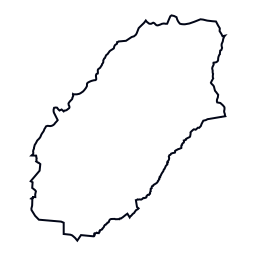 Hasmas, Arad, Romania (Albers equal-area conic projection)
{"feature_id": "2599482B66342132311971", "entity_name": "Hasmas", "entity_type": "district", "adm_level": 2, "iso_a3": "ROU", "parent_name": "Romania", "parent_adm1": "Arad", "projection": "albers", "projection_center": [22.1, 46.547], "detail": "fine", "context": "isolated", "style": "outline", "palette": "ink", "viewbox_px": 256, "rotation_deg": 0, "n_neighbors": 0, "source": "geoboundaries", "source_scale": "gbopen_adm2", "svg_char_len": 5780}
<svg xmlns="http://www.w3.org/2000/svg" viewBox="0 0 256 256"><path d="M225.3,116.2L225.2,116.0L225.0,115.4L224.9,114.5L224.7,113.5L224.4,112.8L224.2,112.0L224.1,111.0L224.4,109.9L224.5,108.6L224.5,107.9L224.4,107.2L223.5,106.0L222.9,105.3L221.8,104.3L221.0,103.6L220.4,103.0L219.4,102.8L218.7,102.7L217.2,102.4L216.9,101.4L216.9,100.5L217.0,99.6L217.9,97.2L218.0,95.9L218.2,94.9L218.0,94.5L217.2,93.6L216.4,92.4L215.6,91.5L215.0,90.7L214.5,88.9L214.0,86.8L213.4,85.6L211.5,83.7L210.9,82.8L211.5,81.4L213.2,78.3L212.9,77.7L212.8,77.0L212.8,76.1L212.9,74.8L213.1,73.9L212.8,73.3L212.7,72.7L212.6,71.8L212.7,70.8L212.4,69.5L212.2,68.5L212.4,67.3L213.2,65.6L213.7,64.5L213.4,63.1L213.5,62.7L214.3,62.5L215.0,62.5L216.5,62.1L217.7,61.1L218.1,60.1L218.2,58.2L218.5,56.7L219.3,54.8L219.9,54.2L219.9,53.0L220.1,51.7L220.2,50.6L220.8,50.3L221.4,49.9L221.7,49.0L222.1,47.9L221.8,46.8L221.6,45.6L221.6,44.7L221.8,43.6L222.3,42.6L222.8,41.3L223.2,39.0L224.2,36.5L224.9,35.7L222.5,36.2L221.3,33.8L219.6,31.1L219.8,28.3L218.2,25.7L216.0,21.5L212.3,21.2L207.2,20.6L203.1,19.6L200.5,19.3L197.5,20.5L194.2,21.8L189.3,23.5L184.8,24.3L182.1,24.2L180.6,23.9L179.8,23.6L178.4,21.8L177.7,20.6L177.1,19.2L176.5,17.2L174.1,16.0L171.5,15.4L170.3,16.3L168.7,20.0L167.2,23.7L165.9,23.8L163.9,23.5L162.0,23.8L160.2,24.6L157.8,25.4L156.4,25.2L156.0,24.8L155.5,24.4L154.4,23.2L153.2,22.7L151.9,23.4L151.1,23.8L150.4,23.8L149.3,23.7L148.8,23.4L146.7,21.7L145.8,20.5L144.1,22.8L139.9,26.9L138.7,28.1L136.7,33.3L135.8,34.8L134.0,36.3L131.7,37.0L126.0,40.8L118.5,41.5L117.5,42.4L117.2,41.3L117.0,43.7L115.1,45.0L114.3,46.3L113.8,48.4L111.8,49.7L110.8,50.3L109.6,51.2L108.8,52.4L108.1,53.3L107.6,54.1L106.4,54.9L105.6,56.3L105.0,57.9L104.2,58.5L103.3,60.4L103.3,62.1L102.7,63.4L102.0,64.2L101.8,65.3L100.9,66.4L100.3,67.6L98.1,69.3L97.8,70.1L97.9,73.1L97.7,73.6L96.7,73.8L96.2,74.4L95.9,75.9L96.2,78.2L96.2,79.3L95.6,80.1L93.8,80.3L91.5,80.9L90.0,81.5L88.2,82.4L87.1,83.4L87.0,84.4L86.9,86.2L85.9,88.0L84.3,90.1L83.0,91.5L80.5,93.2L79.3,93.8L77.0,94.3L73.4,94.3L73.0,94.0L72.9,94.4L73.2,95.9L72.8,96.9L72.4,97.6L72.4,98.2L72.1,99.1L69.7,101.6L68.5,103.4L68.7,105.1L69.2,105.9L69.5,107.1L69.2,108.1L66.9,109.9L65.7,110.5L64.4,110.6L63.7,111.4L61.6,109.5L59.5,110.5L58.0,109.0L57.1,107.7L55.8,107.5L54.1,107.8L53.6,109.6L53.6,111.3L53.9,112.6L57.7,120.1L57.2,120.8L54.9,123.3L54.4,124.1L53.2,125.1L51.8,125.8L50.3,126.1L48.3,125.9L47.3,125.9L46.0,126.4L45.2,127.9L44.4,129.1L44.1,130.0L43.5,131.4L42.6,132.6L41.8,133.8L41.1,135.1L40.5,136.7L39.9,137.7L38.6,139.2L37.7,140.0L36.9,141.1L36.5,142.0L35.8,143.3L34.7,145.0L34.3,146.7L34.0,147.6L34.0,148.6L33.4,149.9L33.1,151.4L33.3,152.7L33.2,153.7L32.8,154.5L31.8,155.2L31.5,155.5L36.1,155.6L36.3,156.2L36.2,156.9L36.7,158.3L36.4,159.0L36.5,159.9L36.6,160.4L36.1,161.4L38.3,162.8L38.6,162.7L40.3,164.1L39.6,170.7L30.7,181.2L32.6,182.3L32.2,187.9L33.6,189.0L35.1,190.2L35.9,191.3L35.2,194.4L35.3,197.1L33.0,197.0L33.0,198.0L31.5,198.3L31.2,198.6L32.1,198.9L32.4,198.8L32.3,200.7L32.2,204.2L32.1,205.8L31.4,208.5L31.5,210.0L35.1,215.8L38.9,219.7L61.1,221.6L63.7,222.7L63.7,234.0L70.4,234.7L72.2,235.4L75.0,237.8L77.3,240.6L81.0,235.1L93.3,236.3L93.7,236.3L94.1,236.2L94.3,235.9L94.4,235.7L94.5,235.5L94.6,235.2L94.4,235.1L94.5,235.0L94.5,234.9L94.4,234.7L94.7,234.3L94.6,234.2L94.3,234.0L94.4,233.8L94.3,233.6L94.5,233.3L95.2,233.4L95.6,233.2L96.3,233.0L96.6,232.7L97.1,233.0L97.6,232.9L97.9,233.1L98.1,233.0L98.4,233.1L98.6,233.1L98.6,232.8L99.1,232.6L99.4,231.9L99.4,231.6L99.7,231.5L99.6,230.9L99.8,230.7L100.0,230.2L100.8,230.0L101.7,229.6L102.2,229.3L102.2,228.8L103.2,227.8L103.6,227.3L104.1,226.5L104.2,225.9L104.5,225.5L105.0,224.9L105.8,224.7L106.2,224.0L106.5,223.8L107.3,223.3L107.4,222.7L107.7,222.6L108.0,222.4L108.5,222.3L108.8,222.0L109.1,221.0L109.5,220.1L110.3,219.3L111.2,219.0L114.8,218.9L115.3,219.2L115.8,219.2L116.8,219.2L117.4,219.2L118.1,219.1L119.4,219.2L119.6,218.6L120.2,218.4L121.0,218.5L121.4,218.1L122.6,217.4L123.8,216.4L124.5,215.9L125.3,215.2L126.4,214.4L127.4,213.7L129.7,217.4L130.1,216.7L130.4,216.3L130.7,216.0L130.9,215.9L131.2,215.8L131.5,215.4L132.6,214.1L133.3,213.5L133.8,213.2L134.2,212.9L134.5,212.4L134.7,212.0L135.6,210.8L135.9,210.3L136.6,209.8L137.1,209.6L137.8,209.2L138.6,208.4L137.0,207.0L135.9,200.2L136.5,200.1L137.5,199.4L138.0,199.6L139.7,199.4L140.9,199.6L141.4,199.5L142.7,198.7L143.1,198.1L143.9,197.9L144.5,198.1L145.0,198.0L145.5,197.6L146.2,197.5L146.5,197.0L146.5,196.2L147.1,195.6L147.6,194.9L148.1,194.8L148.9,194.9L149.1,194.3L149.4,194.1L150.0,193.8L150.1,193.3L150.0,192.4L150.2,192.0L150.4,191.7L150.8,191.1L150.5,190.2L150.8,189.4L150.7,188.9L150.9,188.7L151.7,188.2L151.6,187.4L151.9,186.6L152.2,186.1L152.9,186.0L153.2,185.6L153.6,184.8L154.4,184.5L155.2,183.9L156.6,183.1L156.9,182.7L157.3,182.3L157.9,181.5L157.9,181.0L158.5,180.5L158.8,179.7L159.3,179.2L159.1,178.5L159.3,178.2L160.0,177.5L160.1,177.3L159.7,176.9L159.9,176.6L160.4,176.1L160.8,175.5L161.3,174.3L161.9,173.2L163.2,171.3L163.5,170.7L163.6,170.1L164.0,169.3L164.4,169.1L164.9,168.1L165.8,166.0L166.3,165.4L166.8,164.9L167.3,164.5L167.1,163.8L167.4,163.5L167.2,162.8L167.9,162.3L167.5,161.5L168.2,160.9L168.9,159.7L169.2,158.0L168.8,156.6L169.4,155.2L170.4,154.8L171.2,153.6L173.0,153.0L173.7,152.9L174.9,152.6L175.1,152.0L175.1,150.9L176.6,149.9L177.6,149.6L178.1,149.1L179.2,148.9L180.1,148.5L181.3,148.0L181.4,147.0L181.3,146.4L181.4,145.4L182.1,144.9L182.2,143.9L182.8,143.2L183.8,142.5L184.0,141.5L183.8,140.5L185.2,140.1L185.6,139.5L186.1,139.5L186.2,138.8L187.5,138.1L188.5,137.6L189.6,137.1L190.1,136.5L190.6,133.8L190.5,132.4L191.5,131.3L192.9,130.0L193.9,129.3L195.7,129.7L197.9,127.7L199.2,127.8L200.8,126.1L201.6,123.9L203.3,120.7L205.8,120.1L207.5,119.2L225.3,116.2Z" fill="none" stroke="#020617" stroke-width="2"/></svg>